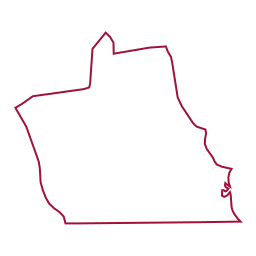 an SVG outline of Al Ahmadi
{"feature_id": "KWT-1665", "entity_name": "Al Ahmadi", "entity_type": "Province", "adm_level": 1, "iso_a3": "KWT", "parent_name": "Kuwait", "parent_adm1": "", "projection": "orthographic", "projection_center": [48.089, 28.9], "detail": "fine", "context": "isolated", "style": "outline", "palette": "rose", "viewbox_px": 256, "rotation_deg": 0, "n_neighbors": 0, "source": "natural_earth", "source_scale": "10m", "svg_char_len": 955}
<svg xmlns="http://www.w3.org/2000/svg" viewBox="0 0 256 256"><path d="M65.5,223.4L63.7,216.5L59.4,212.0L54.1,208.3L49.3,203.8L45.8,197.8L42.8,190.1L40.6,182.2L39.8,168.1L38.7,161.5L26.3,126.7L15.4,107.8L21.8,104.0L32.9,96.2L83.9,89.1L89.2,87.4L90.1,83.9L92.5,48.8L105.7,32.6L110.1,37.0L113.5,42.7L113.7,53.7L149.5,47.6L163.8,46.6L165.8,46.4L167.8,51.6L170.9,56.7L172.1,62.0L177.7,97.5L181.8,106.2L193.2,123.3L196.6,126.6L205.4,129.5L206.1,133.4L205.1,138.6L204.8,143.8L206.7,148.9L213.0,157.8L214.3,160.9L216.7,164.5L222.1,166.8L231.5,168.8L229.3,172.8L228.4,177.4L228.6,182.2L230.0,186.6L226.5,184.2L225.3,183.1L225.0,185.1L225.3,186.5L226.3,187.5L228.4,188.6L226.7,190.8L225.7,191.4L224.8,191.1L223.8,190.2L222.2,190.2L222.0,195.7L224.1,196.9L227.3,195.3L230.0,192.1L230.7,194.8L231.6,207.3L232.5,210.5L234.3,214.0L237.9,218.8L240.6,221.6L200.0,222.2L159.3,222.6L118.5,223.0L77.8,223.4L65.5,223.4Z" fill="none" stroke="#9f1239" stroke-width="2"/></svg>